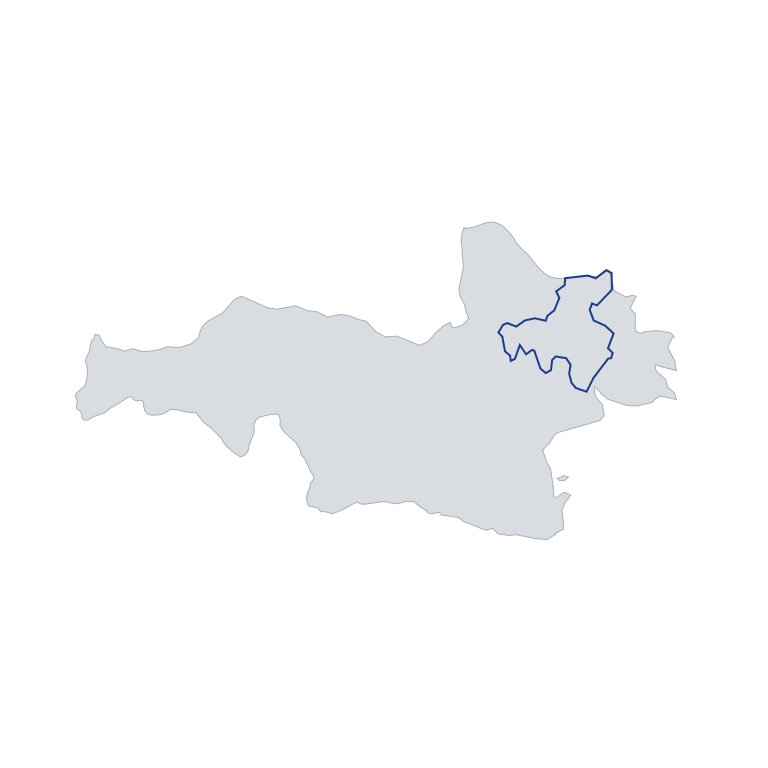 North Korea, with Hwanghae-bukto highlighted, rotated 229°
{"feature_id": "PRK-3303", "entity_name": "Hwanghae-bukto", "entity_type": "Province", "adm_level": 1, "iso_a3": "PRK", "parent_name": "North Korea", "parent_adm1": "", "projection": "equal_earth", "projection_center": [126.361, 38.471], "detail": "coarse", "context": "in_parent", "style": "outline", "palette": "blue", "viewbox_px": 768, "rotation_deg": 229, "n_neighbors": 0, "source": "natural_earth", "source_scale": "10m", "svg_char_len": 3913}
<svg xmlns="http://www.w3.org/2000/svg" viewBox="0 0 768 768"><g transform="rotate(229 384 384)"><path d="M449.6,546.9L447.1,548.4L442.7,556.5L438.7,566.8L434.8,572.4L430.2,575.5L425.3,577.3L415.6,578.0L406.7,577.3L403.9,576.2L391.7,576.9L388.3,577.6L370.8,576.8L361.7,577.7L356.0,579.6L350.1,583.8L345.0,590.1L340.5,596.8L331.4,609.1L325.0,615.1L325.0,623.7L324.9,626.3L322.6,628.2L321.8,627.4L318.1,626.7L303.2,618.8L291.0,623.6L287.9,629.9L284.7,631.9L279.8,619.6L271.8,619.3L259.2,608.5L253.8,610.7L252.4,615.0L245.4,624.9L235.7,633.2L232.5,634.2L228.9,633.7L229.5,631.4L225.5,622.2L210.2,618.5L204.8,614.5L202.0,613.7L217.0,603.4L220.9,601.6L218.0,599.2L214.8,598.0L202.5,599.5L196.1,596.2L186.7,597.2L180.3,594.6L193.8,584.5L194.4,578.6L194.3,574.1L201.2,560.7L208.1,553.4L225.8,542.9L233.6,541.5L239.1,541.9L243.7,540.9L238.9,536.9L234.2,535.1L225.1,535.4L215.6,529.4L214.8,523.1L233.4,483.1L233.7,479.5L230.8,469.8L230.0,460.4L216.9,454.9L211.1,454.3L194.3,443.6L187.6,438.3L184.9,439.9L184.4,448.4L182.0,450.3L177.6,451.9L175.4,442.2L171.8,435.2L160.8,428.0L156.8,424.1L158.8,415.6L157.9,414.9L159.7,405.3L166.6,398.0L183.5,384.9L187.8,378.8L196.3,371.6L200.2,371.7L204.1,371.1L205.3,368.0L206.2,365.5L209.6,363.3L217.8,359.3L227.1,354.1L234.5,352.6L243.6,344.8L247.3,341.4L251.0,341.4L252.0,339.8L254.1,335.8L257.0,333.1L261.0,332.6L267.6,330.7L275.8,329.5L281.4,323.0L283.3,318.3L287.0,313.1L294.9,307.5L300.3,299.3L306.2,290.3L309.1,287.4L311.9,286.8L313.5,283.4L315.4,273.9L318.2,264.6L319.8,260.2L326.7,255.5L328.4,253.2L329.9,252.4L333.1,253.0L337.4,250.2L341.4,247.1L345.1,248.2L348.8,250.8L352.7,255.9L354.5,260.0L357.6,263.4L358.2,268.4L361.3,270.5L367.8,271.6L378.6,275.0L385.5,275.2L389.5,277.7L397.8,279.1L414.3,277.1L421.1,278.3L424.0,281.4L428.2,283.9L430.9,284.0L434.5,279.8L438.4,272.9L440.9,267.6L440.8,263.4L438.5,258.9L433.0,254.7L429.4,248.2L425.9,241.5L423.9,239.4L422.2,236.1L421.8,231.2L423.0,227.8L431.2,225.5L441.7,224.2L450.3,225.6L464.5,224.7L473.2,222.8L479.7,223.1L485.7,223.1L488.3,220.2L496.6,213.3L500.6,210.9L504.9,206.2L505.5,201.4L506.4,197.4L508.8,193.2L513.1,188.0L516.7,185.7L520.9,186.0L525.3,188.3L528.1,190.7L531.2,190.0L533.7,186.0L535.4,185.2L540.4,184.8L541.9,182.3L543.6,170.3L545.4,160.9L545.6,154.3L549.9,143.4L551.1,136.8L553.7,133.8L556.8,134.0L559.4,135.9L562.6,137.0L566.9,136.0L569.9,137.7L571.8,141.2L578.2,143.6L578.9,145.4L578.9,157.2L582.5,162.8L587.3,167.8L593.7,172.4L597.2,173.4L599.3,176.7L601.4,182.4L606.0,187.9L608.5,191.9L609.1,196.0L611.2,198.4L607.6,201.0L602.8,199.4L594.8,198.5L584.8,206.6L579.2,209.5L575.4,217.6L567.5,222.4L563.2,227.5L557.7,236.3L554.2,244.8L545.7,253.6L540.9,264.6L540.8,274.0L546.4,283.7L547.1,291.9L543.5,308.9L545.9,326.9L543.7,334.0L517.4,346.4L510.5,352.5L501.0,368.6L489.2,374.6L481.9,381.2L471.7,385.1L465.3,396.4L458.1,402.9L449.6,406.8L443.3,411.8L428.9,412.1L418.8,415.7L411.7,425.1L390.1,436.0L387.2,444.2L388.7,456.9L388.9,466.6L387.0,474.6L382.3,472.4L379.7,475.0L376.9,482.4L377.8,490.8L385.3,493.6L391.4,497.0L400.0,498.8L406.4,502.7L420.0,520.6L431.1,528.4L434.0,531.3L440.4,535.2L446.3,541.4L449.6,546.9ZM196.9,459.4L192.8,462.2L192.6,457.3L195.8,453.2L199.1,452.6L196.9,459.4Z" fill="#d9dde1" stroke="#a8b0b8" stroke-width="1"/><path d="M345.0,590.2L332.0,609.1L324.9,613.1L323.9,626.5L318.4,628.6L305.6,617.8L303.6,596.3L308.3,593.8L305.0,587.9L294.4,583.9L282.8,589.2L271.5,590.4L264.0,576.5L257.4,577.0L254.5,572.3L256.1,569.9L251.2,546.2L245.3,531.8L255.1,526.2L261.8,526.3L270.3,530.5L276.1,537.4L284.1,538.4L292.2,531.6L291.7,526.5L284.9,519.1L286.1,513.3L293.1,512.2L310.5,519.3L312.6,518.0L313.2,510.7L324.3,512.1L317.1,499.3L318.3,494.8L322.6,497.8L329.4,496.8L342.2,504.4L347.8,504.1L350.5,512.5L349.2,517.0L340.6,521.4L339.5,532.1L334.6,541.0L325.7,547.5L328.2,552.1L327.9,560.9L333.9,572.8L340.9,574.7L340.1,585.2L345.0,590.2Z" fill="none" stroke="#1e3a8a" stroke-width="2"/></g></svg>